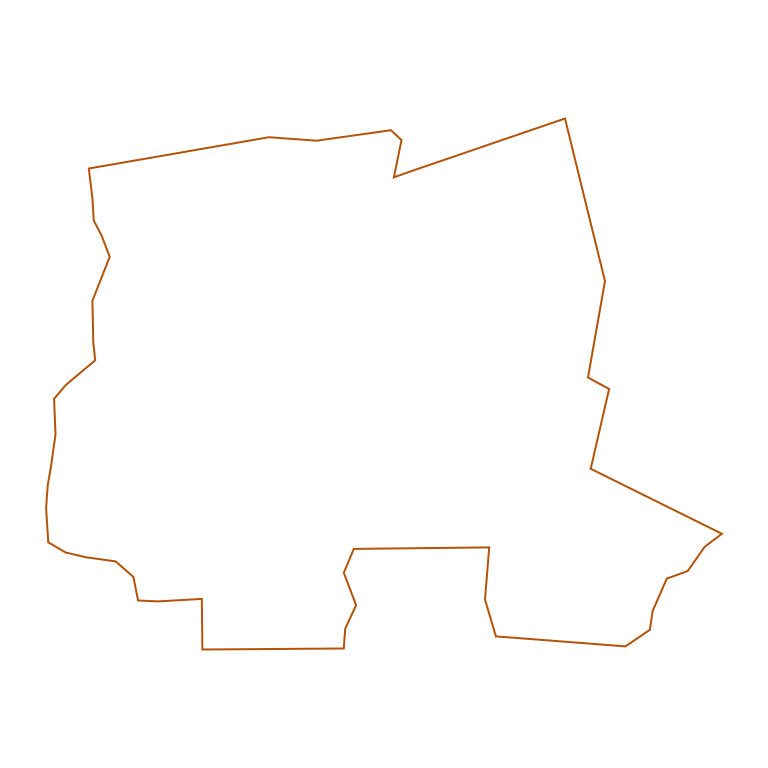 Vespasiano Corrêa, Rio Grande do Sul, Brazil
{"feature_id": "56859067B34356818702196", "entity_name": "Vespasiano Corrêa", "entity_type": "district", "adm_level": 2, "iso_a3": "BRA", "parent_name": "Brazil", "parent_adm1": "Rio Grande do Sul", "projection": "orthographic", "projection_center": [-51.871, -29.065], "detail": "fine", "context": "isolated", "style": "outline", "palette": "amber", "viewbox_px": 768, "rotation_deg": 0, "n_neighbors": 0, "source": "geoboundaries", "source_scale": "gbopen_adm2", "svg_char_len": 734}
<svg xmlns="http://www.w3.org/2000/svg" viewBox="0 0 768 768"><path d="M55.5,434.8L53.3,450.0L51.1,465.9L47.7,485.4L46.1,508.3L48.3,542.3L65.6,552.5L85.6,557.2L115.6,561.4L133.4,576.9L138.1,600.5L158.1,601.4L201.8,598.9L202.4,649.5L343.8,648.5L345.2,628.8L356.1,605.2L343.8,572.8L353.8,548.9L489.2,547.4L485.0,599.5L495.9,636.4L625.4,646.4L649.9,629.8L652.6,611.1L666.8,578.6L687.7,571.0L704.7,546.8L721.9,533.8L590.7,468.8L609.1,389.0L588.0,377.5L605.0,281.1L588.1,212.7L565.0,118.5L413.7,170.3L393.9,177.3L401.5,140.1L390.9,130.2L316.6,140.7L269.0,137.2L88.8,168.5L92.4,198.1L93.8,220.6L101.9,236.2L109.7,256.9L92.4,300.8L93.3,342.5L95.2,360.3L66.0,384.8L54.1,398.8L55.5,434.8Z" fill="none" stroke="#b45309" stroke-width="2"/></svg>